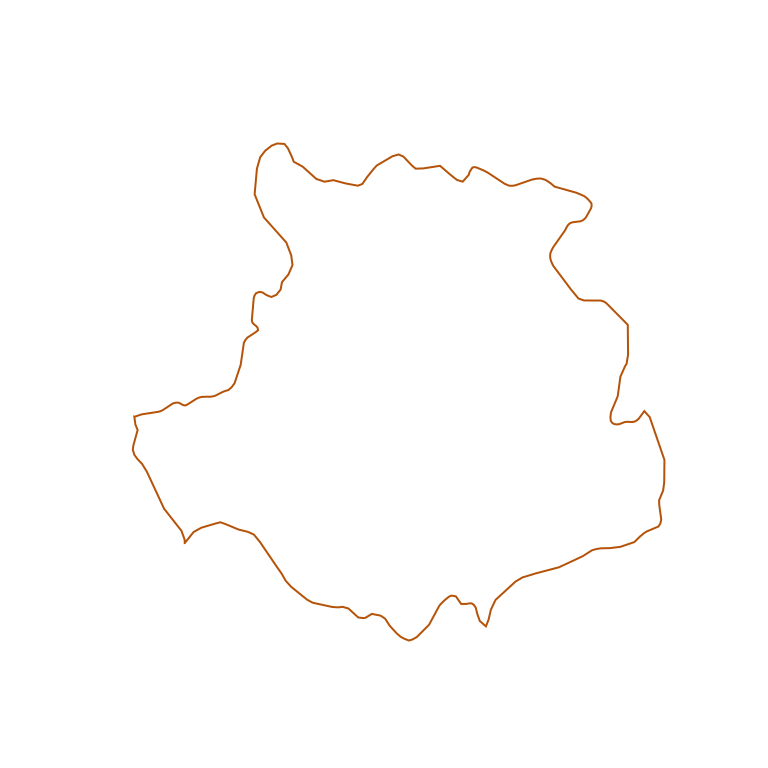 the State of Trujillo, rotated 339°
{"feature_id": "VEN-29", "entity_name": "Trujillo", "entity_type": "State", "adm_level": 1, "iso_a3": "VEN", "parent_name": "Venezuela", "parent_adm1": "", "projection": "mercator", "projection_center": [-70.512, 9.496], "detail": "fine", "context": "isolated", "style": "outline", "palette": "amber", "viewbox_px": 768, "rotation_deg": 339, "n_neighbors": 0, "source": "natural_earth", "source_scale": "10m", "svg_char_len": 3106}
<svg xmlns="http://www.w3.org/2000/svg" viewBox="0 0 768 768"><g transform="rotate(339 384 384)"><path d="M141.0,461.0L142.1,457.8L142.3,448.5L134.0,421.6L131.2,381.0L129.5,371.9L126.9,365.6L125.6,360.8L125.9,355.3L128.1,351.4L137.5,338.7L137.4,332.6L139.2,325.1L139.3,325.2L139.9,325.2L146.9,325.5L163.4,329.1L166.2,329.3L168.5,329.0L179.9,326.5L183.4,326.9L185.9,328.1L188.8,331.6L190.7,332.8L193.2,332.7L203.3,330.6L206.3,330.4L209.1,330.7L214.2,332.4L216.5,333.4L219.2,334.1L221.9,334.5L230.5,333.6L233.6,333.6L236.5,333.9L240.4,332.5L244.8,329.7L257.1,314.7L267.9,295.4L270.1,293.4L273.1,291.7L282.8,289.6L285.7,288.7L286.1,286.2L285.4,284.0L284.2,282.1L283.4,280.4L283.2,279.1L283.5,277.0L293.3,256.9L294.9,255.0L297.0,253.4L300.5,253.3L303.2,254.8L306.0,258.6L308.3,260.9L310.1,262.4L315.4,262.2L321.3,258.8L325.3,252.3L334.0,247.5L341.2,240.2L343.5,230.6L343.5,216.9L331.6,185.5L331.2,160.5L342.5,137.5L349.7,127.9L356.8,123.6L364.6,121.2L370.5,121.2L377.1,124.2L378.8,129.7L379.4,139.3L379.4,144.2L386.0,152.0L394.3,168.3L400.9,173.8L409.8,175.6L419.9,182.9L430.6,189.5L435.4,189.5L442.5,184.7L450.9,179.8L455.6,177.4L473.5,174.4L480.0,175.0L483.6,178.6L488.4,190.1L490.7,194.3L497.9,196.8L514.5,200.4L521.7,213.7L525.3,219.7L530.0,223.3L538.1,219.1L539.7,216.9L541.7,215.3L544.2,213.6L546.3,214.0L548.2,215.2L553.9,220.7L555.1,222.2L556.5,223.7L568.3,240.2L571.6,243.5L574.6,244.9L577.9,245.6L595.6,246.2L600.0,247.0L603.5,248.1L605.5,249.4L607.4,250.9L609.0,252.7L611.6,256.5L614.0,260.9L632.3,274.5L638.2,280.3L639.7,282.7L641.0,285.5L642.4,289.6L641.7,292.1L640.3,294.1L632.9,300.3L630.8,301.6L628.4,302.4L625.7,302.5L618.0,300.6L615.4,300.5L612.8,301.5L610.1,303.6L608.0,305.5L591.6,316.5L589.1,318.5L585.9,321.9L584.6,325.0L584.0,328.4L584.1,331.6L584.4,334.5L592.4,362.6L596.2,373.9L600.7,377.7L616.3,383.8L618.8,385.8L620.5,388.1L632.8,416.1L622.4,444.0L617.7,452.1L615.4,453.8L607.3,461.9L597.8,479.2L585.8,491.8L583.5,496.1L582.5,499.8L583.2,502.3L584.7,504.0L586.9,505.2L589.4,505.8L594.9,505.8L597.5,506.4L601.9,508.4L604.4,508.9L606.8,508.6L609.2,507.8L617.3,502.6L620.2,510.1L618.6,555.4L610.3,576.4L606.4,583.5L599.1,591.2L597.6,595.7L594.3,609.8L591.9,613.4L589.1,615.4L576.6,615.8L573.8,616.3L568.4,618.1L561.1,621.3L546.1,620.7L535.8,618.1L527.6,615.1L522.6,614.1L518.5,613.8L507.6,616.0L481.6,617.8L457.9,615.2L444.0,614.2L435.9,615.6L410.8,625.5L402.9,633.0L397.3,641.3L392.3,646.8L388.5,639.6L388.7,631.8L389.5,625.8L388.8,622.5L387.3,620.3L384.7,619.3L382.3,618.9L377.2,617.0L375.0,608.0L373.1,606.8L370.5,605.6L367.9,606.0L362.8,607.7L358.2,609.7L356.1,610.9L339.8,624.9L323.9,632.0L319.0,632.7L315.3,632.4L311.8,629.2L309.1,626.2L306.5,621.4L302.7,611.8L301.0,603.6L297.9,599.1L290.3,594.3L282.7,595.6L280.9,595.2L276.3,592.7L270.3,580.8L265.3,577.1L262.5,576.5L260.0,575.6L255.6,573.5L239.0,562.6L234.8,557.6L224.7,540.2L221.7,532.5L220.5,524.5L218.1,514.8L211.6,487.1L208.6,478.0L203.9,473.2L196.1,467.8L186.6,458.7L181.8,454.5L177.1,453.9L169.3,453.3L162.2,452.7L153.3,453.9L146.1,458.1L141.1,461.0L141.0,461.0Z" fill="none" stroke="#b45309" stroke-width="2"/></g></svg>